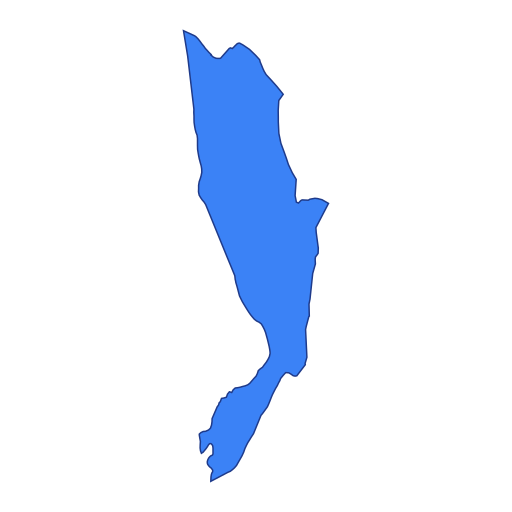 Suwayr, Hajjah, Yemen
{"feature_id": "15242507B55132122842526", "entity_name": "Suwayr", "entity_type": "district", "adm_level": 2, "iso_a3": "YEM", "parent_name": "Yemen", "parent_adm1": "Hajjah", "projection": "equal_earth", "projection_center": [43.606, 16.062], "detail": "fine", "context": "isolated", "style": "filled", "palette": "blue", "viewbox_px": 512, "rotation_deg": 0, "n_neighbors": 0, "source": "geoboundaries", "source_scale": "gbopen_adm2", "svg_char_len": 3637}
<svg xmlns="http://www.w3.org/2000/svg" viewBox="0 0 512 512"><path d="M199.3,434.1L199.3,435.1L199.8,438.1L200.4,441.4L200.2,444.7L200.1,447.9L200.5,450.9L200.7,451.4L201.4,453.3L201.9,453.0L202.1,452.8L203.1,452.2L206.0,448.7L207.4,446.7L208.5,444.8L209.6,443.7L210.6,443.6L211.2,443.8L211.9,444.5L212.7,445.8L213.0,448.0L213.0,451.9L213.0,453.8L212.5,455.0L211.6,455.5L210.7,455.9L209.7,456.8L208.7,458.0L208.2,459.0L207.8,459.8L207.3,461.5L207.3,463.0L207.7,464.4L208.7,465.8L209.7,466.9L211.2,468.1L212.6,470.0L212.7,470.9L212.6,471.9L211.9,472.9L211.4,474.4L211.0,476.7L210.8,481.3L227.9,472.3L230.3,471.3L232.5,469.6L234.5,467.8L236.5,465.5L237.9,463.0L239.9,459.5L242.0,455.8L243.7,452.1L244.9,448.6L246.5,445.2L247.9,442.5L249.5,440.0L251.2,437.2L253.5,433.7L261.0,415.3L262.4,413.7L267.4,406.8L268.7,403.9L270.0,400.7L271.2,397.6L272.4,394.7L274.0,391.5L275.6,388.4L277.3,385.6L278.6,382.8L279.8,380.7L280.6,378.5L283.3,375.2L285.7,372.6L288.8,372.8L291.1,374.2L293.2,375.7L295.1,376.1L296.8,375.8L305.3,364.7L305.1,363.4L306.9,357.3L305.6,330.1L305.6,329.4L306.2,326.5L308.8,316.6L309.3,316.1L309.0,304.0L310.0,299.1L312.7,273.5L315.4,263.9L315.2,260.2L315.2,258.9L315.5,256.9L317.2,254.7L318.1,253.3L318.1,253.2L318.3,247.9L318.1,246.7L316.2,232.4L315.9,227.6L328.5,203.4L322.0,199.7L317.7,198.6L314.9,198.3L309.9,199.2L308.3,200.2L302.1,199.9L300.8,200.6L298.5,203.0L296.4,202.2L295.1,195.6L296.2,179.4L292.2,172.6L288.4,164.5L286.4,158.4L284.2,152.2L280.9,143.3L278.9,133.6L278.8,132.1L278.3,121.8L278.3,120.7L278.3,117.6L278.2,110.4L278.8,100.5L283.2,94.3L277.0,86.6L272.8,81.9L270.2,79.0L268.6,77.3L266.1,74.6L264.2,71.4L262.9,68.6L261.6,65.4L260.2,62.0L259.6,59.7L255.7,55.4L249.5,49.4L243.2,45.1L242.5,44.7L241.6,44.2L240.8,43.8L240.2,43.4L239.3,43.1L238.6,43.2L237.9,43.4L237.3,43.7L236.6,44.2L236.0,44.9L235.1,45.7L234.4,46.5L233.9,47.0L233.3,47.6L232.7,48.1L232.4,48.5L230.4,47.9L229.2,48.5L220.7,58.1L220.3,58.3L219.5,58.4L218.8,58.4L218.1,58.4L217.4,58.4L216.6,58.3L215.7,58.2L215.0,57.8L214.2,57.5L213.3,57.1L212.4,56.3L211.6,55.6L210.9,55.0L211.2,54.6L209.0,52.5L206.7,49.9L205.3,48.4L203.7,46.1L201.8,43.8L200.0,41.3L198.0,38.8L196.4,37.2L195.8,36.6L194.6,35.8L183.5,30.7L187.7,56.3L193.9,109.2L193.8,112.4L194.0,116.1L194.0,119.3L194.1,122.5L194.6,126.1L195.2,129.4L196.0,132.4L197.1,135.2L197.5,138.6L197.5,141.7L197.5,145.4L197.6,149.4L198.1,152.7L198.7,156.1L199.4,159.4L199.6,160.0L200.3,162.7L201.2,165.9L201.7,169.0L201.8,172.4L201.1,175.8L200.2,178.8L199.2,181.7L198.6,185.3L198.6,188.4L198.5,191.8L198.8,193.4L199.0,194.1L199.1,195.0L200.6,197.6L202.2,199.9L204.1,202.1L205.7,204.6L227.1,257.0L232.8,270.8L234.8,275.7L235.2,279.4L235.5,280.6L235.9,282.7L236.8,285.7L237.7,289.0L238.6,292.5L239.5,295.9L240.9,298.8L242.3,301.6L243.6,303.8L243.9,304.3L245.6,307.1L247.4,310.0L249.0,312.5L250.7,314.9L252.5,317.1L254.3,319.2L256.6,321.0L259.1,322.2L261.3,323.9L262.8,326.4L264.3,329.3L265.6,332.6L266.5,335.9L267.4,339.1L268.3,342.8L269.2,346.6L269.8,350.0L270.0,351.6L270.1,353.4L269.4,356.6L268.0,359.4L266.3,362.2L264.2,364.9L262.5,367.3L260.3,368.8L258.3,370.6L257.3,373.7L256.0,376.3L255.2,377.1L253.9,378.5L252.0,380.7L250.2,382.8L250.0,383.1L247.8,384.8L245.0,385.9L242.5,386.5L240.2,387.2L237.7,387.7L235.2,388.0L233.2,389.8L231.7,392.5L229.9,391.9L229.4,391.8L227.5,394.1L226.4,397.2L223.9,398.0L222.1,398.3L221.5,398.4L220.4,401.4L220.3,401.7L219.3,402.6L219.2,402.7L218.5,405.1L217.2,406.8L212.1,418.6L212.0,421.8L211.5,425.2L211.2,426.0L210.9,426.8L210.5,428.1L209.6,429.0L208.5,430.0L205.6,431.3L203.2,431.5L200.9,432.6L199.3,434.1Z" fill="#3b82f6" stroke="#1e3a8a" stroke-width="1.5"/></svg>